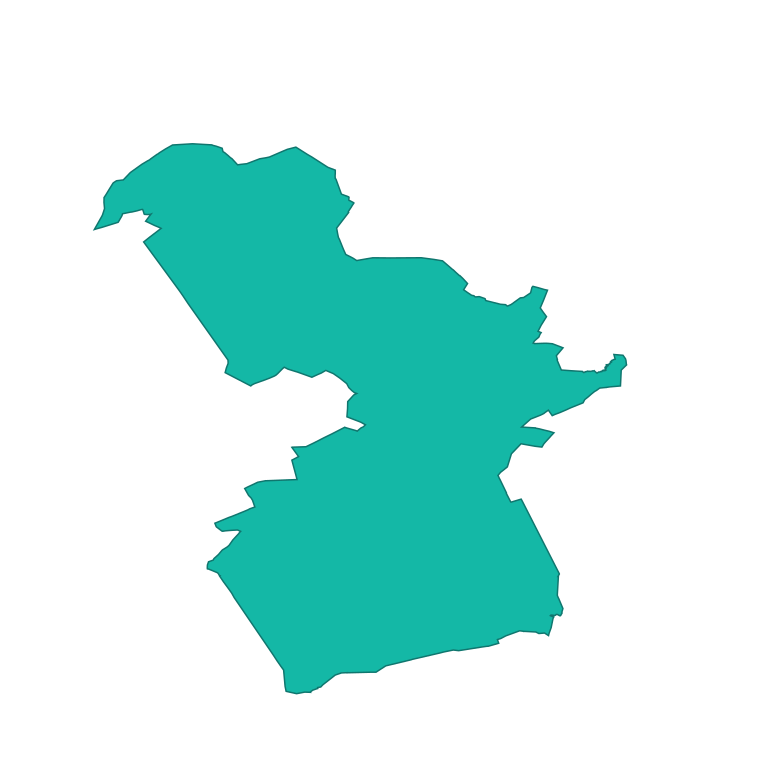 Vidrižu pag., Limbaži, Latvia (Equal Earth projection), rotated 165°
{"feature_id": "27541924B82277594032017", "entity_name": "Vidrižu pag.", "entity_type": "district", "adm_level": 2, "iso_a3": "LVA", "parent_name": "Latvia", "parent_adm1": "Limbaži", "projection": "equal_earth", "projection_center": [24.641, 57.308], "detail": "fine", "context": "isolated", "style": "filled", "palette": "teal", "viewbox_px": 768, "rotation_deg": 165, "n_neighbors": 0, "source": "geoboundaries", "source_scale": "gbopen_adm2", "svg_char_len": 6086}
<svg xmlns="http://www.w3.org/2000/svg" viewBox="0 0 768 768"><g transform="rotate(165 384 384)"><path d="M340.3,103.9L340.6,107.8L337.2,107.9L331.5,109.2L316.8,110.5L313.2,109.0L313.1,108.8L312.3,108.7L302.0,105.3L301.7,105.3L299.0,102.9L293.4,101.9L290.2,98.4L289.1,100.4L285.6,105.4L281.4,113.8L280.4,114.9L283.3,117.2L282.9,117.5L282.2,117.5L280.8,117.0L279.7,116.5L279.7,116.2L278.3,116.3L277.9,116.4L277.5,116.8L277.2,116.8L276.6,116.7L275.7,116.1L274.3,114.7L273.7,114.5L273.2,114.7L272.1,116.0L271.6,116.2L271.2,117.2L271.3,117.5L269.4,120.6L269.3,120.8L270.8,131.7L271.0,132.4L271.3,135.0L270.8,136.6L265.4,152.9L265.8,153.0L263.8,155.1L263.8,155.4L280.7,234.8L281.3,237.3L291.9,237.0L292.2,237.6L294.0,246.0L294.2,246.4L293.9,247.1L296.8,262.3L297.0,262.8L297.4,265.5L297.6,266.2L294.3,268.5L286.3,272.0L279.0,283.6L267.1,290.8L254.3,284.8L247.8,282.2L245.0,284.9L242.9,286.3L236.9,290.1L236.7,290.3L232.5,292.9L236.7,295.6L240.6,297.7L245.6,300.5L249.1,302.2L249.1,302.4L262.2,306.8L251.4,312.2L240.9,313.4L238.8,313.8L237.0,314.2L236.8,314.4L232.0,316.2L229.7,309.9L226.6,310.4L221.3,310.9L215.1,311.8L209.8,312.7L197.5,314.2L196.6,314.3L194.1,317.0L189.9,318.8L186.1,320.7L182.4,322.3L180.4,322.8L176.8,324.2L176.5,324.2L171.0,323.3L170.3,323.1L170.2,323.2L166.8,322.8L156.1,320.9L151.3,335.9L151.2,336.0L150.6,336.4L144.7,339.7L144.8,340.2L144.2,344.0L144.2,345.9L145.7,349.9L154.3,353.0L154.3,348.1L154.7,348.1L156.3,348.2L157.3,347.5L157.9,347.8L159.4,346.8L158.9,346.2L160.7,345.5L160.7,345.0L161.8,344.8L162.2,344.9L163.3,344.8L164.3,345.1L164.5,344.6L163.6,343.9L162.9,343.9L162.8,343.7L164.1,343.3L164.7,343.0L165.4,343.3L166.2,342.9L166.1,342.4L166.3,341.9L165.1,342.0L165.4,341.6L166.1,341.4L166.5,340.8L166.0,340.0L166.8,339.7L168.7,340.0L168.5,340.5L169.5,340.5L170.2,340.0L170.5,339.6L171.4,340.0L172.5,339.7L173.3,340.0L173.7,340.0L175.0,339.5L175.8,339.7L176.3,340.5L177.2,341.8L177.5,342.5L178.3,342.4L179.2,342.7L179.4,342.6L181.7,342.8L182.1,343.1L182.8,343.1L183.1,343.2L183.2,343.4L184.2,343.8L184.9,343.5L185.4,343.7L186.2,343.7L186.5,343.5L187.2,343.6L187.9,343.3L188.3,343.5L189.1,344.8L199.0,348.1L209.1,351.6L210.5,361.5L210.5,362.6L210.2,362.7L210.2,366.7L201.7,372.6L210.9,379.3L215.3,380.9L218.0,381.7L228.3,384.1L228.7,384.6L229.3,384.9L227.9,386.4L226.9,387.0L222.3,389.2L220.5,391.6L218.9,393.0L221.6,395.0L217.0,400.1L209.6,407.0L211.7,412.3L213.4,417.0L208.4,423.4L201.8,432.3L204.7,433.8L210.3,437.2L214.9,439.8L216.1,439.0L218.7,434.3L219.3,433.9L226.7,431.4L230.1,431.9L240.6,427.9L243.8,427.4L244.8,427.4L245.8,428.9L246.1,429.2L250.9,430.9L264.0,438.2L264.2,438.4L264.2,440.0L264.3,440.2L264.7,440.6L269.1,443.6L269.6,443.8L272.5,444.3L273.4,444.6L273.6,444.8L274.3,446.0L276.4,447.0L277.6,448.4L279.8,450.9L282.7,454.4L277.3,459.4L280.5,465.5L282.7,469.1L283.1,469.2L285.7,473.2L287.5,476.2L288.3,477.1L294.6,486.4L295.6,487.8L303.5,491.4L315.3,496.3L345.6,504.2L362.1,508.8L368.2,509.4L378.4,510.3L380.4,512.5L380.9,513.1L383.0,515.1L387.4,519.0L388.1,523.1L388.5,525.9L389.6,535.0L390.1,537.4L389.9,541.0L389.4,546.9L388.7,547.4L373.8,558.8L374.0,559.1L374.0,559.4L373.9,559.6L373.7,559.9L369.2,563.9L368.7,564.5L366.3,566.5L366.2,566.7L366.4,567.0L369.3,569.7L370.1,570.3L370.4,570.8L369.9,572.3L369.5,573.2L369.5,573.6L369.8,574.0L375.7,578.2L376.0,578.5L377.4,594.3L377.9,595.2L377.7,596.1L377.4,597.6L376.6,599.9L375.7,603.2L382.1,607.8L395.1,622.1L398.5,625.5L407.8,635.6L416.7,635.7L423.1,634.8L435.9,632.9L439.8,633.1L445.7,633.7L459.5,632.3L465.4,633.2L468.7,633.6L472.5,640.9L473.5,642.1L474.6,643.6L475.1,644.5L478.1,648.8L479.4,650.1L479.3,653.6L484.5,657.1L487.7,658.9L488.3,659.5L506.8,665.6L526.4,669.6L534.2,667.6L541.3,665.4L541.8,665.2L542.1,664.9L543.7,664.6L551.2,661.8L552.4,661.2L554.7,660.7L561.0,658.9L573.8,654.1L574.8,653.6L583.0,648.6L589.3,649.5L590.0,649.5L593.3,648.4L593.8,648.1L598.8,643.4L603.5,638.9L606.2,636.5L606.3,636.0L607.5,631.9L608.5,626.0L608.7,625.5L612.0,620.4L612.4,619.9L613.1,619.1L623.8,608.2L620.6,608.3L616.1,608.3L599.1,609.0L598.8,609.1L594.1,613.8L593.4,614.6L592.5,616.1L584.1,615.6L583.2,615.4L577.8,615.2L573.3,615.3L572.0,615.1L571.8,613.8L571.7,610.2L571.3,609.8L568.9,609.0L566.2,608.3L565.1,608.4L569.1,605.3L572.1,602.9L569.1,600.4L564.7,596.6L560.3,593.2L559.0,592.0L572.1,586.6L579.4,583.4L557.3,526.5L555.4,521.2L552.4,512.3L528.5,447.5L529.2,444.3L532.1,440.3L534.5,436.1L513.2,416.6L511.4,417.4L508.9,417.9L497.8,418.8L493.0,419.3L488.1,420.0L486.1,420.5L484.1,421.5L477.8,425.2L476.0,426.0L472.9,423.2L465.8,418.7L464.6,418.0L451.9,409.2L444.9,410.4L441.8,410.8L436.7,412.2L430.3,407.2L425.2,401.2L419.9,394.0L418.9,389.6L416.8,386.0L414.8,383.3L412.8,381.9L416.1,381.2L423.6,376.4L425.6,369.6L428.3,361.9L421.9,357.2L416.4,353.2L412.5,349.4L415.0,348.0L417.7,347.5L422.1,345.4L422.9,346.1L431.6,351.3L433.2,352.4L433.4,352.3L447.3,349.3L456.0,347.6L467.2,345.2L475.6,343.6L488.9,346.7L489.4,346.7L485.3,336.0L492.7,334.3L492.7,314.2L515.2,319.3L523.1,321.1L523.3,321.2L531.4,321.8L542.4,319.8L545.6,319.1L543.6,311.3L541.9,308.4L541.1,305.8L540.6,298.6L545.9,298.2L547.9,297.7L552.3,297.1L566.1,295.4L568.0,295.3L583.4,293.3L583.0,289.7L582.8,289.3L582.4,288.7L578.8,284.1L578.4,283.7L577.6,283.5L575.0,283.2L568.6,282.0L563.3,280.9L560.6,278.8L562.2,277.8L563.0,277.1L570.2,272.6L575.5,268.2L577.6,267.2L581.4,266.0L582.0,265.9L583.5,265.3L588.1,262.1L593.4,259.4L594.6,258.1L599.5,257.7L601.4,254.9L601.8,253.7L602.4,251.8L602.4,251.1L602.0,251.1L599.3,249.1L593.6,244.7L593.0,243.3L592.5,241.3L592.2,241.2L592.5,241.0L590.3,234.6L586.7,225.4L585.2,221.3L584.0,216.5L561.2,151.2L558.8,143.9L556.6,137.8L555.0,133.7L557.8,117.5L558.1,112.5L557.6,112.2L548.6,107.5L540.3,106.9L535.1,105.3L535.2,105.5L532.0,106.7L528.1,107.0L526.8,107.0L526.7,108.0L523.5,107.7L520.9,109.3L506.4,115.5L500.3,115.9L500.2,116.0L494.2,114.7L494.3,114.6L484.8,112.3L472.0,109.2L466.3,107.7L455.2,111.3L429.2,110.6L427.8,110.7L399.4,109.7L395.9,109.7L385.9,109.1L380.9,107.1L358.2,104.7L353.1,104.1L351.0,103.7L340.3,103.9Z" fill="#14b8a6" stroke="#0f766e" stroke-width="1.5"/></g></svg>